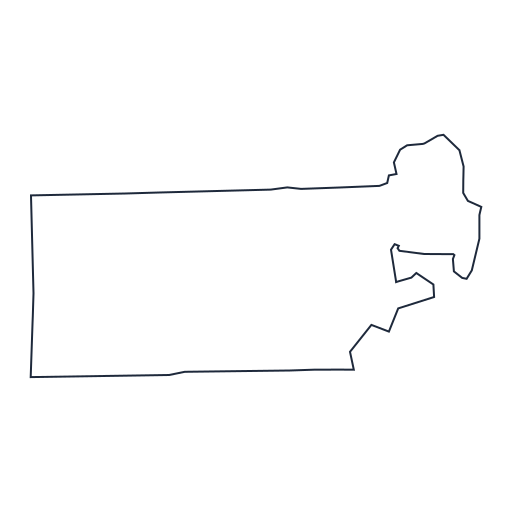 outline of Kent, Rhode Island, United States of America
{"feature_id": "52423323B26023060829136", "entity_name": "Kent", "entity_type": "district", "adm_level": 2, "iso_a3": "USA", "parent_name": "United States of America", "parent_adm1": "Rhode Island", "projection": "orthographic", "projection_center": [-71.482, 41.683], "detail": "fine", "context": "isolated", "style": "outline", "palette": "slate", "viewbox_px": 512, "rotation_deg": 0, "n_neighbors": 0, "source": "geoboundaries", "source_scale": "gbopen_adm2", "svg_char_len": 984}
<svg xmlns="http://www.w3.org/2000/svg" viewBox="0 0 512 512"><path d="M434.1,297.0L433.4,284.5L416.3,273.0L411.4,277.6L398.2,281.4L396.1,282.1L396.0,281.0L391.0,249.7L394.6,244.2L398.8,245.8L397.6,248.2L399.4,250.8L424.1,254.0L441.5,254.1L453.2,254.1L454.4,255.1L452.9,259.0L453.9,271.4L462.2,277.9L466.6,278.8L471.8,270.4L479.4,238.7L479.4,215.1L479.9,212.8L481.3,206.9L472.2,202.8L467.9,200.9L464.7,195.5L463.2,192.9L463.3,180.2L463.4,176.5L463.6,166.5L459.4,150.1L459.2,150.0L443.5,134.8L437.6,135.8L424.5,143.4L422.9,143.9L407.1,145.3L400.1,149.7L393.9,162.4L396.5,174.0L388.9,175.4L387.2,183.0L379.4,185.9L379.0,185.9L361.7,186.6L354.4,186.9L339.6,187.5L301.1,188.9L287.3,187.4L270.8,189.6L159.3,192.5L125.3,193.5L31.0,195.4L31.0,196.0L33.5,293.2L33.5,293.4L32.8,316.2L32.5,323.9L30.7,377.1L169.1,375.0L184.8,371.8L289.9,370.5L313.6,369.7L339.4,369.6L353.8,369.7L350.0,351.8L371.4,324.9L388.9,331.6L398.2,308.4L434.1,297.0Z" fill="none" stroke="#1e293b" stroke-width="2"/></svg>